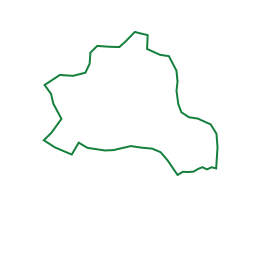 Pera, Nicosia, Cyprus, rotated 54°
{"feature_id": "46923920B36351356920234", "entity_name": "Pera", "entity_type": "district", "adm_level": 2, "iso_a3": "CYP", "parent_name": "Cyprus", "parent_adm1": "Nicosia", "projection": "natural_earth1", "projection_center": [33.279, 35.026], "detail": "fine", "context": "isolated", "style": "outline", "palette": "green", "viewbox_px": 256, "rotation_deg": 54, "n_neighbors": 0, "source": "geoboundaries", "source_scale": "gbopen_adm2", "svg_char_len": 733}
<svg xmlns="http://www.w3.org/2000/svg" viewBox="0 0 256 256"><g transform="rotate(54 128 128)"><path d="M212.5,80.4L196.2,66.9L184.6,59.8L173.7,59.0L161.3,66.1L155.1,72.4L146.6,75.6L138.1,73.2L126.4,66.9L119.5,60.6L110.1,55.1L93.9,52.7L87.7,59.0L75.3,66.1L64.4,57.5L54.3,66.1L56.6,79.5L57.4,87.4L52.0,94.5L43.5,104.7L45.0,114.2L53.5,121.3L58.2,130.0L53.5,141.8L45.0,152.0L44.2,170.2L55.1,170.2L64.4,174.1L81.5,176.5L86.9,193.0L88.4,203.3L100.8,198.5L116.4,189.1L110.9,176.5L120.2,172.5L132.6,159.9L137.3,152.8L144.3,136.3L151.3,129.2L159.0,120.5L166.8,115.8L177.6,115.0L195.1,115.5L195.7,109.3L199.1,105.1L201.8,100.6L202.4,95.2L203.4,90.9L207.9,88.4L208.9,83.5L212.5,80.4Z" fill="none" stroke="#15803d" stroke-width="2"/></g></svg>